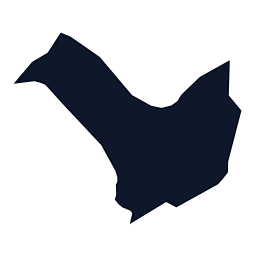 outline of Ptuj
{"feature_id": "SVN-216", "entity_name": "Ptuj", "entity_type": "Municipality", "adm_level": 1, "iso_a3": "SVN", "parent_name": "Slovenia", "parent_adm1": "", "projection": "natural_earth1", "projection_center": [15.87, 46.441], "detail": "fine", "context": "isolated", "style": "filled", "palette": "ink", "viewbox_px": 256, "rotation_deg": 0, "n_neighbors": 0, "source": "natural_earth", "source_scale": "10m", "svg_char_len": 574}
<svg xmlns="http://www.w3.org/2000/svg" viewBox="0 0 256 256"><path d="M61.0,33.5L70.4,37.5L99.3,57.6L131.5,95.7L151.0,106.5L161.6,108.7L171.6,106.2L178.1,101.5L182.0,95.1L200.3,77.5L229.0,61.5L228.0,95.7L240.6,110.8L227.4,161.6L227.2,172.1L222.3,178.3L217.5,183.7L176.3,206.5L166.1,201.1L130.9,222.5L133.1,213.2L130.7,210.0L122.9,206.8L118.9,203.5L115.6,199.4L117.0,195.0L116.6,185.0L118.1,181.8L118.1,177.1L116.2,170.8L101.9,144.7L64.1,104.4L46.0,84.4L41.7,82.4L34.5,80.4L15.4,82.8L32.7,62.4L48.2,53.3L61.0,33.5Z" fill="#0f172a" stroke="#020617" stroke-width="1.5"/></svg>